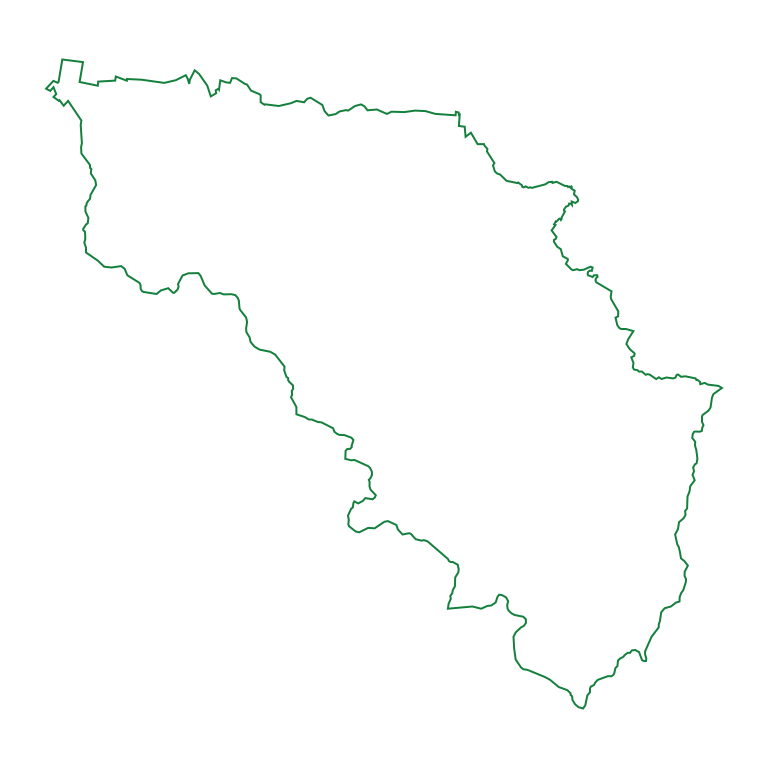 Zagon, Covasna, Romania
{"feature_id": "2599482B29194502926702", "entity_name": "Zagon", "entity_type": "district", "adm_level": 2, "iso_a3": "ROU", "parent_name": "Romania", "parent_adm1": "Covasna", "projection": "natural_earth1", "projection_center": [26.202, 45.704], "detail": "fine", "context": "isolated", "style": "outline", "palette": "green", "viewbox_px": 768, "rotation_deg": 0, "n_neighbors": 0, "source": "geoboundaries", "source_scale": "gbopen_adm2", "svg_char_len": 6024}
<svg xmlns="http://www.w3.org/2000/svg" viewBox="0 0 768 768"><path d="M345.3,458.8L351.2,460.3L354.6,460.0L368.5,466.3L370.1,468.0L371.8,471.5L372.0,474.9L370.4,478.3L368.8,479.9L369.6,481.6L369.5,486.4L370.6,489.8L375.8,495.2L374.7,497.7L372.6,499.3L365.4,498.1L362.7,501.0L358.2,503.4L354.3,501.4L353.4,503.1L352.8,507.5L351.2,508.6L348.0,515.6L348.8,520.0L348.3,524.2L349.1,526.3L355.7,531.5L359.3,532.3L368.1,527.9L374.7,528.3L384.3,521.8L388.0,521.1L396.4,525.0L397.9,529.5L402.6,534.5L409.2,533.2L410.9,533.9L415.7,539.2L421.8,540.7L423.9,540.1L427.5,541.3L448.0,559.0L448.9,561.0L450.8,562.1L452.6,561.9L457.7,564.7L458.7,569.2L458.3,572.4L455.2,577.5L454.9,586.5L452.8,590.0L452.3,593.1L450.3,596.0L450.8,598.8L448.6,603.8L447.9,608.7L472.4,606.5L481.2,608.7L487.5,605.9L491.3,605.5L495.7,602.4L497.6,596.6L499.2,594.7L502.0,595.1L506.0,597.3L508.1,601.1L507.2,605.3L507.6,608.6L508.6,610.6L511.3,613.2L514.6,615.0L523.2,616.7L525.9,619.3L525.9,623.0L523.8,625.9L520.9,627.5L515.7,632.4L513.5,636.8L514.2,648.9L515.7,659.6L521.0,667.4L523.2,669.2L527.5,669.9L544.9,677.0L549.9,679.7L558.9,687.1L567.3,690.1L570.5,693.2L570.6,694.9L572.2,696.4L572.4,699.8L575.1,704.3L578.6,707.2L583.1,708.5L585.3,705.3L587.4,695.3L590.0,692.3L590.0,688.4L590.8,686.6L594.0,685.0L595.2,682.6L597.7,679.9L607.8,676.2L611.4,676.2L613.4,674.9L614.3,673.2L615.4,668.1L617.4,666.1L618.0,660.6L619.7,658.8L623.1,657.0L625.0,654.8L627.8,652.8L630.0,652.9L631.9,650.4L635.3,650.0L639.1,652.2L642.0,660.0L643.8,661.1L646.0,661.0L646.3,658.5L645.1,654.6L645.1,651.3L651.6,636.7L658.7,627.4L658.8,624.2L659.9,621.2L661.2,612.3L664.7,608.2L670.9,606.5L676.1,602.5L679.5,601.5L679.7,597.0L681.1,593.2L683.3,590.0L685.9,581.9L686.0,579.1L684.6,576.0L684.7,571.7L687.9,565.6L684.2,560.9L681.0,558.4L679.8,551.4L678.6,546.6L677.3,544.5L675.1,534.4L678.0,529.1L679.0,522.2L683.6,518.3L685.5,514.9L685.1,511.0L687.1,508.5L687.5,496.6L689.5,491.5L690.3,486.1L694.7,480.2L692.5,474.9L694.0,471.4L693.2,467.3L694.9,464.4L696.6,463.3L697.4,458.6L696.3,450.0L695.0,445.5L695.2,441.7L692.3,438.0L692.7,434.2L694.0,431.9L695.1,431.5L699.7,431.7L701.8,431.0L702.3,427.6L703.5,425.2L702.0,421.9L702.0,416.6L702.6,415.0L708.4,410.7L710.5,407.6L712.0,397.6L713.4,394.1L721.9,388.0L718.5,385.9L707.9,384.6L704.7,382.9L700.3,384.2L700.1,382.0L697.5,379.9L696.4,380.0L695.6,378.4L685.3,376.3L681.0,376.8L678.1,374.5L676.7,374.9L675.4,377.7L673.2,378.4L666.4,377.5L661.6,379.0L658.9,377.3L656.2,379.1L649.5,374.5L647.2,374.2L645.7,374.8L641.8,371.5L639.0,371.6L637.5,370.2L633.9,369.5L632.8,367.2L633.5,363.1L631.3,357.3L634.2,355.9L634.6,353.4L629.7,349.1L626.4,344.0L628.2,339.2L633.4,331.1L626.0,329.0L621.1,329.0L619.2,327.9L617.3,325.1L615.5,317.7L618.1,316.3L618.3,311.4L611.1,299.0L610.7,296.8L611.5,291.3L596.1,282.2L595.5,280.2L595.8,278.6L597.6,276.7L597.1,275.2L593.9,275.3L592.6,277.0L588.1,275.3L587.6,273.8L588.2,271.7L589.9,270.6L591.8,270.9L592.6,267.5L590.5,266.7L584.0,269.6L579.7,270.2L577.0,269.2L573.0,270.2L571.4,269.4L565.9,263.9L567.9,260.2L567.8,259.0L562.8,256.3L560.8,249.2L557.3,246.8L554.0,241.8L553.9,240.0L555.9,238.7L556.5,237.0L551.6,230.4L555.5,225.0L554.1,224.4L555.8,221.4L556.4,221.7L559.2,218.7L560.3,218.8L560.9,220.0L561.5,219.3L561.7,217.4L565.0,211.4L564.0,210.6L564.0,209.5L565.9,206.8L568.6,205.5L569.1,203.6L570.7,203.6L571.9,205.0L571.7,201.5L575.3,203.0L578.0,201.1L578.2,199.7L577.0,197.2L574.0,194.4L574.7,190.7L571.4,188.6L571.8,187.0L571.3,186.4L570.4,187.5L569.1,186.5L568.1,187.1L567.2,186.0L564.8,185.9L556.6,181.8L552.5,182.9L552.3,181.8L548.6,182.2L545.1,184.4L531.8,187.9L530.2,187.3L528.6,187.8L525.6,186.4L523.8,187.4L522.3,186.8L521.9,185.3L518.2,182.5L517.5,183.1L506.5,180.8L500.1,174.5L497.3,173.6L494.9,171.5L493.0,165.5L494.4,163.1L487.0,151.5L487.4,148.9L484.2,145.2L484.0,144.1L477.6,144.1L470.9,132.7L465.6,136.8L464.7,126.7L458.9,126.0L459.7,114.7L459.0,115.0L458.7,112.5L455.9,111.8L455.6,115.3L435.4,113.9L425.5,111.1L414.9,110.6L404.2,112.1L391.5,111.7L386.9,113.9L376.9,109.5L367.5,110.3L364.4,106.3L361.0,104.4L355.1,106.0L348.1,110.6L346.2,110.1L339.7,111.4L335.6,114.1L328.4,115.5L324.5,111.0L322.4,105.0L310.5,97.7L307.2,98.8L304.1,102.3L296.5,100.9L291.0,103.2L278.8,106.0L265.2,104.3L264.5,104.8L260.6,102.1L260.7,95.5L259.7,94.3L251.0,90.6L247.1,84.6L244.9,83.9L236.4,78.4L232.0,78.1L230.1,82.8L226.2,82.4L220.3,80.3L219.0,89.7L218.4,88.8L215.7,90.3L216.1,93.3L210.8,96.4L207.3,85.7L199.1,74.0L194.7,70.3L189.9,79.7L189.2,83.9L187.7,78.7L185.8,75.2L175.8,80.2L164.2,82.9L141.6,79.7L126.9,79.0L126.8,80.7L115.8,76.5L115.2,80.6L98.2,81.6L97.8,85.7L79.6,82.0L83.0,62.1L62.3,59.5L58.6,81.8L57.7,82.8L53.4,80.9L46.1,88.7L50.2,90.9L53.5,87.2L56.2,94.1L53.5,97.0L58.9,100.9L59.5,100.2L63.7,105.7L68.1,100.9L81.4,120.6L80.7,125.0L81.9,143.2L81.1,147.0L81.4,153.5L90.0,165.0L90.1,168.0L91.3,168.9L90.8,173.4L95.3,180.3L96.1,185.1L90.5,194.9L90.1,198.7L87.7,201.5L86.5,203.8L86.4,205.6L85.4,206.4L85.4,211.4L88.4,217.9L87.7,223.4L86.2,224.3L83.1,229.0L83.4,230.4L84.8,231.5L85.1,233.3L85.3,239.0L84.3,242.7L86.0,247.6L86.0,252.5L97.9,260.7L104.2,266.7L111.5,267.5L121.2,266.1L124.6,268.8L127.4,275.3L139.5,282.9L140.5,285.0L140.7,288.9L142.0,291.2L143.8,292.0L156.6,294.0L160.8,290.5L168.2,288.2L173.1,292.8L174.3,292.8L177.7,289.4L178.6,286.5L178.0,284.1L182.5,275.5L188.4,273.3L198.4,273.1L200.7,276.0L204.7,285.5L211.9,293.6L213.6,294.0L220.0,293.0L223.7,294.4L231.4,294.2L235.3,295.1L237.6,297.7L238.8,300.4L239.5,308.3L240.2,310.0L246.1,317.5L247.1,322.0L246.1,328.4L246.4,332.1L249.6,337.4L250.5,341.6L251.8,343.5L254.6,346.7L259.6,349.6L270.4,351.8L275.3,354.7L284.5,366.6L284.2,370.4L286.5,377.0L288.2,378.1L288.1,380.1L289.1,381.7L292.9,385.3L293.1,388.9L291.8,390.8L292.1,394.9L291.0,397.2L296.4,407.0L296.4,414.3L304.7,417.0L308.7,419.4L312.0,419.6L317.6,421.9L321.5,422.4L333.0,428.2L334.4,431.7L336.8,433.7L339.4,434.9L344.1,435.0L351.5,437.7L353.4,440.1L351.6,445.9L351.8,447.0L350.3,448.8L347.3,449.0L345.6,450.9L345.3,458.8Z" fill="none" stroke="#15803d" stroke-width="2"/></svg>